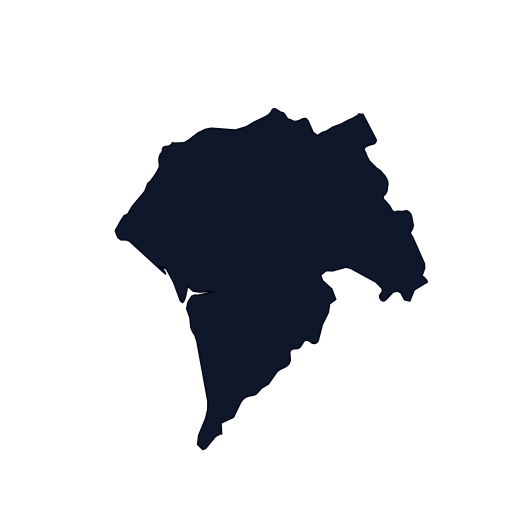 SVG path tracing the border of Huelva, rotated 44°
{"feature_id": "ESP-5824", "entity_name": "Huelva", "entity_type": "Autonomous Community", "adm_level": 1, "iso_a3": "ESP", "parent_name": "Spain", "parent_adm1": "", "projection": "natural_earth1", "projection_center": [-6.789, 37.509], "detail": "fine", "context": "isolated", "style": "filled", "palette": "ink", "viewbox_px": 512, "rotation_deg": 44, "n_neighbors": 0, "source": "natural_earth", "source_scale": "10m", "svg_char_len": 2763}
<svg xmlns="http://www.w3.org/2000/svg" viewBox="0 0 512 512"><g transform="rotate(44 256 256)"><path d="M137.2,335.4L134.2,324.3L133.2,318.6L134.6,314.8L132.6,306.6L131.1,286.6L127.7,278.8L128.1,275.9L127.5,270.4L126.3,264.3L124.9,259.6L123.8,258.0L120.4,255.2L118.8,253.6L117.1,251.0L117.0,250.7L116.5,249.3L116.4,247.6L115.3,244.1L114.5,244.2L114.2,243.9L114.1,241.2L114.8,240.2L116.9,237.8L117.2,236.5L117.6,235.4L117.7,234.2L117.2,232.6L119.1,231.4L124.5,225.7L125.9,223.7L127.0,219.9L128.8,207.8L131.5,200.3L135.1,195.1L153.7,179.7L159.2,169.9L161.5,161.4L165.9,149.6L167.0,145.2L166.9,142.6L166.3,140.2L166.2,138.2L167.6,136.7L174.0,135.4L176.2,134.0L178.8,134.2L181.3,135.0L183.8,135.3L186.3,134.0L189.0,133.2L190.5,132.3L192.6,129.5L194.6,124.3L196.4,122.4L199.8,122.7L211.2,127.4L216.4,126.8L218.0,120.7L219.9,117.5L221.7,109.9L225.5,102.3L228.2,93.9L229.8,90.2L231.8,83.0L231.2,82.6L234.6,79.8L262.0,89.0L263.0,90.9L263.1,92.7L262.4,94.4L261.4,95.9L260.5,97.4L259.1,100.8L258.9,102.6L259.4,104.0L261.2,105.1L263.8,105.8L266.3,107.2L271.8,108.9L281.4,109.1L286.2,108.3L292.9,108.9L295.7,109.6L298.4,110.6L301.2,113.0L305.0,118.2L305.6,119.9L306.0,121.7L305.9,123.6L306.4,125.3L307.6,126.4L317.2,127.1L322.2,128.7L325.1,128.3L325.8,127.6L326.3,126.1L327.3,125.0L330.3,122.5L331.4,121.0L332.2,119.5L333.6,118.5L335.3,118.1L337.4,118.2L339.6,118.9L347.8,124.6L349.3,127.1L350.0,129.1L350.4,130.8L350.9,132.2L351.0,132.4L356.1,133.8L382.5,144.5L385.9,147.8L389.2,155.3L391.0,154.6L395.6,154.9L397.3,155.7L393.4,170.5L397.9,181.5L393.3,184.3L385.7,181.8L382.1,182.9L379.6,186.9L379.8,196.8L379.4,199.2L378.2,200.4L376.9,200.6L374.2,200.1L373.1,199.3L372.2,197.9L371.8,194.9L371.4,193.5L369.3,191.7L360.2,191.5L332.4,199.2L328.4,201.6L321.4,213.5L317.6,216.9L316.5,218.4L315.8,225.0L321.0,227.5L333.6,227.1L343.5,231.9L342.1,239.2L347.3,246.5L351.3,259.1L359.5,273.7L359.9,276.0L359.0,278.2L357.0,279.6L352.4,280.3L350.6,281.6L349.6,283.7L351.0,290.5L350.5,293.4L347.6,296.5L346.4,298.5L346.7,301.4L353.3,307.4L354.7,311.0L354.4,314.5L351.9,321.6L351.5,324.6L353.8,339.4L351.8,347.1L352.0,355.2L351.4,356.9L347.5,362.7L346.5,365.4L346.2,368.4L346.6,371.8L351.8,387.6L346.9,400.5L354.9,407.9L353.8,408.7L352.2,414.0L353.4,429.2L352.2,432.1L345.0,432.2L339.3,424.7L332.7,408.0L328.1,400.1L322.4,394.0L272.7,358.4L267.3,355.5L262.6,354.3L259.1,352.8L250.8,345.9L246.7,344.0L242.7,342.0L239.1,336.3L237.7,329.8L239.1,326.6L241.5,324.6L248.6,314.1L250.9,309.6L240.6,321.1L235.0,325.0L228.6,325.1L228.6,326.6L233.0,333.4L235.2,337.8L235.5,340.5L232.9,340.8L215.1,332.2L208.6,330.1L200.6,327.5L195.3,329.9L201.0,330.6L203.8,331.9L154.7,333.2L151.6,334.5L147.6,338.2L143.9,338.6L140.4,337.2L137.2,335.4Z" fill="#0f172a" stroke="#020617" stroke-width="1.5"/></g></svg>